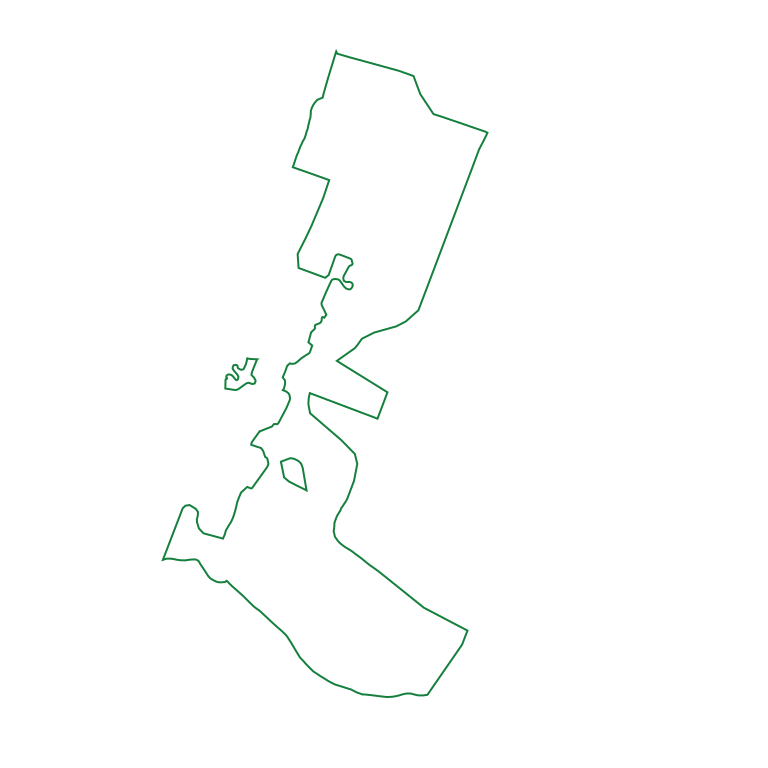 outline of As Safra, Sa`dah, Yemen, rotated 21°
{"feature_id": "15242507B71056496150063", "entity_name": "As Safra", "entity_type": "district", "adm_level": 2, "iso_a3": "YEM", "parent_name": "Yemen", "parent_adm1": "Sa`dah", "projection": "mercator", "projection_center": [43.803, 16.995], "detail": "fine", "context": "isolated", "style": "outline", "palette": "green", "viewbox_px": 768, "rotation_deg": 21, "n_neighbors": 0, "source": "geoboundaries", "source_scale": "gbopen_adm2", "svg_char_len": 6101}
<svg xmlns="http://www.w3.org/2000/svg" viewBox="0 0 768 768"><g transform="rotate(21 384 384)"><path d="M550.3,584.3L501.5,578.6L449.0,561.8L445.4,560.7L442.4,559.9L436.9,558.5L435.9,558.3L433.1,557.4L430.8,556.7L428.8,556.0L425.4,554.9L422.9,554.2L421.3,553.7L419.1,553.2L416.8,552.5L415.0,551.9L412.0,551.2L410.2,550.9L407.7,550.5L404.6,549.8L400.7,548.6L398.9,547.9L397.5,547.2L394.8,545.4L393.3,544.5L392.3,543.3L391.3,541.7L389.7,539.4L389.3,537.1L388.4,534.0L387.5,531.5L387.4,528.0L387.4,524.5L387.6,522.9L388.2,519.7L388.6,517.3L388.5,515.5L388.8,514.6L389.2,512.9L389.7,510.4L390.4,507.4L390.7,505.3L390.8,505.0L390.8,499.8L390.8,497.9L390.7,485.1L387.7,468.2L381.9,459.8L364.5,451.8L325.5,437.8L320.6,429.9L318.8,424.2L318.0,419.1L390.4,418.7L390.2,390.5L332.1,379.4L331.7,379.3L343.8,361.2L345.2,357.2L347.2,349.6L356.4,339.5L374.8,325.8L382.0,317.7L389.7,302.8L389.5,259.1L389.2,206.3L388.9,152.0L388.7,130.8L389.8,121.3L390.6,112.4L388.7,112.1L341.3,113.8L333.5,114.3L313.9,100.3L301.2,85.9L285.4,86.3L235.0,91.3L222.0,92.4L220.2,90.7L220.2,91.1L222.1,118.0L223.5,133.9L223.6,134.9L224.1,138.7L221.8,140.8L219.9,142.6L218.7,145.7L218.0,148.7L217.7,151.4L217.7,152.9L217.9,155.6L218.8,157.9L219.4,160.2L219.9,162.1L219.9,163.7L220.5,167.9L220.7,169.7L221.0,171.5L221.3,173.2L221.3,175.7L221.5,177.5L221.7,179.9L221.8,183.1L221.1,187.5L221.1,189.8L220.8,191.7L220.8,196.5L220.9,198.4L220.7,200.5L220.7,202.8L221.2,214.3L234.3,213.9L259.8,213.3L259.8,214.1L260.6,232.1L259.6,262.8L258.6,275.9L257.6,285.5L256.8,293.6L262.7,306.3L291.1,305.9L293.3,302.1L292.8,284.1L292.8,281.8L293.0,281.1L293.6,280.2L294.5,279.5L295.5,279.1L297.2,279.0L306.7,279.0L308.8,279.3L309.6,280.0L310.0,280.9L311.4,282.6L311.6,283.6L311.2,284.6L310.3,285.3L309.6,286.0L309.0,287.5L307.8,297.0L307.7,297.3L307.9,299.4L308.7,300.9L309.3,301.7L310.1,302.2L311.9,302.3L312.9,302.1L313.8,301.6L315.4,301.0L317.1,301.0L318.5,301.5L319.1,302.4L319.6,303.6L319.5,305.3L319.2,306.5L318.5,307.7L317.5,308.2L316.4,308.4L314.3,308.4L311.4,307.1L307.5,304.4L307.2,304.4L305.8,303.3L304.1,302.8L301.5,303.2L299.4,304.2L298.2,305.2L297.8,306.5L297.0,318.9L296.6,330.7L297.5,332.6L299.0,334.0L305.1,339.7L305.1,339.8L305.4,340.1L305.1,341.1L304.8,342.2L304.4,343.6L303.3,343.4L302.5,343.6L302.3,344.5L302.5,345.4L303.0,347.0L303.0,348.6L302.4,350.0L301.0,351.4L299.4,352.8L298.6,353.8L298.8,355.2L299.6,356.5L299.5,357.5L297.4,362.0L297.7,364.1L297.9,366.3L298.1,368.1L298.2,368.9L298.3,369.8L298.5,371.9L298.5,372.2L303.2,373.8L303.4,380.6L303.1,382.0L302.5,383.1L301.7,383.9L300.3,385.8L297.4,389.9L296.6,391.6L295.7,393.3L294.8,394.8L293.8,396.4L293.7,396.5L292.3,397.5L291.6,397.8L290.3,398.3L288.7,398.5L288.4,399.2L287.3,401.3L287.1,402.2L287.2,404.8L287.3,406.8L287.1,414.2L290.0,415.9L290.3,416.4L291.1,417.9L291.7,419.7L291.8,420.9L292.1,422.7L292.2,424.4L291.7,425.8L291.7,426.0L295.1,426.0L297.9,426.8L299.5,427.9L301.4,431.0L301.8,433.1L301.5,441.5L299.5,458.0L299.0,459.3L298.7,459.8L298.0,460.0L297.1,460.2L295.5,461.0L295.5,461.3L295.2,462.0L294.6,463.9L294.2,464.3L293.4,465.0L291.6,466.7L289.6,468.4L287.4,470.6L286.8,471.0L285.2,472.8L284.9,472.7L284.5,474.0L282.3,482.4L282.1,483.2L281.4,485.9L281.8,488.3L288.3,488.1L290.5,487.9L292.3,487.9L295.2,489.8L299.1,494.6L301.6,495.2L304.8,500.1L304.7,503.5L298.2,528.2L298.0,528.7L296.7,529.2L293.2,529.1L292.8,529.9L291.4,532.7L291.3,532.9L289.5,536.5L289.4,537.2L289.4,539.2L289.3,541.0L289.3,542.9L289.3,544.7L289.3,546.7L289.6,548.6L289.8,550.4L290.2,552.8L290.3,554.3L290.6,556.2L290.7,557.9L290.8,559.7L290.9,561.5L290.9,563.3L290.8,565.0L290.7,567.1L290.4,568.9L290.0,570.7L289.6,572.6L289.5,573.3L289.4,574.5L289.0,576.3L288.9,578.4L289.2,580.2L289.2,580.3L289.3,582.4L289.1,584.7L289.1,585.1L289.1,586.0L269.1,588.1L263.0,585.2L259.0,580.1L257.8,577.6L257.4,573.8L256.2,570.1L253.0,568.0L245.8,566.7L242.2,568.8L240.6,572.2L240.6,627.4L243.1,625.4L244.4,624.6L244.9,624.4L246.5,623.9L247.7,623.4L250.5,622.8L253.1,622.4L256.2,621.7L258.3,621.1L260.1,620.4L261.0,620.2L265.9,617.5L267.1,616.9L268.0,616.5L269.3,616.0L270.7,615.4L271.7,615.3L272.9,615.4L274.9,616.0L276.7,617.7L280.6,620.4L286.0,624.3L288.3,626.0L290.8,627.4L292.8,628.0L294.9,628.3L296.9,628.5L298.2,628.6L299.8,628.5L300.6,628.3L301.7,628.0L302.9,627.6L303.9,627.1L304.8,626.7L306.1,626.1L306.8,625.5L307.5,624.2L308.4,624.3L310.7,625.5L314.4,627.1L328.5,632.4L336.2,635.8L341.7,638.2L345.2,639.3L348.9,640.2L360.4,644.8L362.0,645.5L365.0,646.7L370.9,649.0L377.3,651.3L381.7,653.2L384.0,654.4L390.1,658.9L398.4,665.5L404.0,669.7L405.4,670.3L408.4,671.7L411.3,673.3L414.8,674.9L420.8,677.6L429.3,679.5L434.3,680.4L438.1,681.2L441.1,681.6L446.2,682.1L453.2,681.6L463.0,681.0L469.1,681.7L475.5,681.5L476.3,681.0L485.4,678.6L492.0,677.0L498.9,675.2L503.7,673.1L506.3,671.6L508.9,669.9L511.0,668.3L512.5,667.1L514.2,666.0L515.2,665.3L516.3,664.8L518.4,663.9L520.2,663.4L526.0,662.7L528.2,662.2L532.4,660.6L535.9,658.6L550.3,599.4L550.3,584.3ZM322.4,487.4L324.3,486.4L327.6,486.1L329.9,486.3L332.3,486.7L335.2,488.1L338.2,491.5L349.8,511.1L348.4,510.9L338.2,510.0L333.8,509.5L330.5,509.2L324.2,507.0L320.3,500.8L315.6,493.5L322.4,487.4ZM249.7,441.2L254.9,433.3L256.1,432.0L257.3,431.3L257.5,431.3L260.5,431.3L261.0,431.2L261.6,430.8L262.5,430.4L263.0,429.9L263.2,428.5L262.9,426.8L260.5,424.7L257.1,423.1L256.8,422.3L256.8,422.2L256.5,420.6L256.5,416.4L256.5,415.1L256.6,411.5L256.6,410.3L256.6,408.8L256.7,406.6L256.8,406.4L250.9,408.3L248.6,408.9L247.2,409.0L248.0,414.6L247.7,419.3L247.5,420.5L246.9,421.1L245.7,421.9L244.1,421.9L242.1,421.5L241.6,421.1L241.0,420.1L240.6,419.4L240.2,419.3L239.5,419.2L238.7,419.3L236.9,420.4L236.7,422.2L237.2,423.9L239.5,425.6L239.8,425.8L241.0,426.3L241.8,426.8L242.3,427.0L244.4,428.3L245.4,429.3L245.9,431.1L245.7,432.6L244.9,433.2L244.2,433.1L243.1,432.7L240.1,430.9L238.5,430.3L236.8,430.4L235.7,430.6L234.9,431.3L234.3,432.0L234.0,433.3L234.2,433.9L234.5,434.3L235.0,434.4L235.5,434.8L235.4,435.4L235.1,435.9L234.7,436.0L234.5,436.5L234.5,436.8L237.5,445.1L246.2,443.2L247.9,442.7L249.7,441.2Z" fill="none" stroke="#15803d" stroke-width="2"/></g></svg>